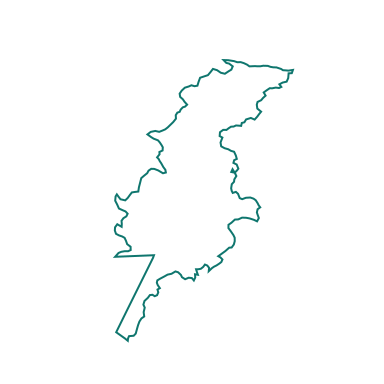 the district of Presidente Juscelino, Maranhão, Brazil, rotated 36°
{"feature_id": "56859067B299836344179", "entity_name": "Presidente Juscelino", "entity_type": "district", "adm_level": 2, "iso_a3": "BRA", "parent_name": "Brazil", "parent_adm1": "Maranhão", "projection": "orthographic", "projection_center": [-44.075, -3.099], "detail": "fine", "context": "isolated", "style": "outline", "palette": "teal", "viewbox_px": 384, "rotation_deg": 36, "n_neighbors": 0, "source": "geoboundaries", "source_scale": "gbopen_adm2", "svg_char_len": 3502}
<svg xmlns="http://www.w3.org/2000/svg" viewBox="0 0 384 384"><g transform="rotate(36 192 192)"><path d="M140.0,66.7L143.9,67.4L146.5,66.3L151.1,66.4L151.9,69.9L150.7,72.7L149.1,77.0L145.2,78.6L140.7,78.7L136.6,80.1L136.5,83.9L136.2,88.1L133.9,91.3L131.4,94.8L132.6,99.1L133.9,102.8L131.9,104.9L128.8,106.0L127.3,108.6L124.9,111.8L124.1,116.0L124.2,119.7L126.5,122.0L130.2,122.4L132.9,123.4L136.7,124.2L136.2,127.0L134.8,128.9L134.4,132.0L134.9,134.4L133.5,136.4L133.7,139.4L135.9,142.1L135.7,146.5L134.4,154.0L133.5,157.1L131.9,159.8L130.1,162.6L126.4,164.2L123.3,167.6L122.1,171.6L126.7,171.6L129.6,171.4L134.1,170.2L136.7,170.8L139.9,172.0L142.1,173.0L143.8,175.7L142.1,178.8L143.6,180.6L143.4,184.5L145.7,184.9L147.8,186.0L150.1,186.8L154.2,188.7L157.4,189.7L159.4,191.6L157.5,193.9L152.0,194.4L147.9,195.5L145.4,197.2L144.3,200.3L144.7,203.1L143.6,207.2L142.8,210.6L144.8,215.6L146.3,219.4L148.3,223.2L145.9,225.4L143.6,227.7L143.5,230.7L143.5,234.6L142.9,238.0L138.4,239.9L135.3,239.0L132.6,238.1L132.8,240.5L135.0,244.2L138.8,246.1L142.6,248.3L146.6,247.5L149.6,246.8L152.7,247.4L153.2,250.3L151.9,253.5L151.9,256.7L153.9,259.0L155.5,261.5L150.5,262.0L150.5,265.8L152.2,268.5L155.1,270.5L158.5,270.0L161.7,269.0L164.4,268.7L167.3,270.3L170.2,272.3L174.5,272.4L176.5,275.0L175.1,277.5L172.4,279.4L169.9,282.0L168.4,284.5L167.9,289.6L198.4,265.5L199.2,268.3L208.9,325.6L213.1,350.0L223.9,349.9L227.5,350.1L226.3,348.0L225.8,345.6L229.3,342.6L229.7,339.6L227.9,334.9L226.7,331.6L225.6,327.7L225.4,324.0L226.5,320.8L223.5,317.6L221.7,313.3L218.9,311.7L217.6,308.1L218.5,303.5L218.5,300.2L220.4,298.4L223.1,298.2L224.4,296.0L223.7,293.0L221.4,291.2L222.5,288.7L219.1,287.5L216.9,286.1L215.9,283.9L217.1,281.0L219.4,276.3L220.8,273.2L223.5,270.2L225.3,266.0L227.9,265.1L231.8,265.6L233.9,266.8L237.7,266.6L239.7,263.3L242.5,261.7L245.5,262.5L244.9,259.3L242.8,256.8L245.4,255.5L242.8,253.7L240.7,252.1L242.6,250.7L244.3,248.9L245.1,246.0L245.1,243.1L247.6,242.5L250.4,243.3L252.1,246.2L252.9,241.8L253.7,239.5L255.0,237.0L256.2,233.8L256.9,231.4L256.3,228.7L253.4,228.2L251.0,228.5L253.7,220.2L254.8,215.2L256.7,213.6L256.7,209.9L255.5,206.7L253.4,203.9L250.8,202.5L246.6,201.0L242.7,199.8L240.8,197.1L242.0,193.6L242.9,189.1L245.5,187.0L247.6,183.3L251.0,181.0L254.2,179.5L258.5,178.1L261.9,177.5L261.4,173.8L258.7,172.0L256.5,170.4L255.2,167.4L256.2,164.3L253.8,163.6L251.7,162.5L248.4,161.2L245.7,161.2L242.4,162.2L239.0,165.0L236.8,168.3L234.2,168.9L230.3,166.4L227.4,166.1L225.5,168.8L223.4,167.7L221.5,166.0L219.6,162.3L220.0,159.0L218.8,156.9L218.5,153.0L215.2,151.3L215.7,148.3L215.8,145.9L212.0,143.5L208.4,144.1L207.4,141.5L208.8,138.9L206.0,136.7L202.4,134.7L199.3,135.8L196.2,136.1L192.7,137.4L188.8,137.9L186.0,135.2L184.6,130.1L181.5,130.5L179.5,127.2L180.7,123.4L183.4,121.5L184.2,118.8L185.2,116.2L187.2,114.6L188.5,112.3L190.9,110.8L192.9,109.6L191.7,106.9L193.4,104.8L193.1,101.5L196.1,97.5L200.1,96.6L200.5,92.7L200.5,89.7L200.7,86.4L195.8,86.1L193.1,83.3L192.1,80.6L194.0,77.1L194.2,74.1L194.9,70.8L191.5,69.3L192.6,65.9L193.9,62.3L195.8,61.1L198.4,58.3L201.3,56.7L202.5,54.5L199.4,53.5L201.0,50.2L203.7,47.1L202.9,43.3L200.4,39.2L202.9,37.2L201.9,33.9L198.7,37.1L196.2,38.6L194.0,40.0L191.7,40.1L187.0,41.6L184.6,43.3L182.0,44.6L179.2,45.4L175.4,48.0L173.4,50.1L171.1,51.8L169.0,53.1L164.6,56.6L161.7,56.6L158.1,57.3L155.1,58.3L152.3,60.4L149.1,61.4L143.8,64.1L140.0,66.7ZM215.2,151.3L212.0,152.7L211.4,149.7L215.2,151.3Z" fill="none" stroke="#0f766e" stroke-width="2"/></g></svg>